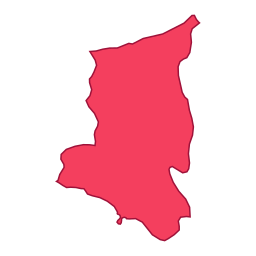 map outline of Sanmatenga (orthographic projection)
{"feature_id": "BFA-2825", "entity_name": "Sanmatenga", "entity_type": "Province", "adm_level": 1, "iso_a3": "BFA", "parent_name": "Burkina Faso", "parent_adm1": "", "projection": "orthographic", "projection_center": [-1.043, 13.248], "detail": "fine", "context": "isolated", "style": "filled", "palette": "rose", "viewbox_px": 256, "rotation_deg": 0, "n_neighbors": 0, "source": "natural_earth", "source_scale": "10m", "svg_char_len": 1507}
<svg xmlns="http://www.w3.org/2000/svg" viewBox="0 0 256 256"><path d="M190.1,216.9L186.4,216.5L180.6,217.2L178.3,221.0L179.2,226.3L179.2,230.0L174.3,234.6L168.3,238.6L164.7,240.6L160.2,239.6L152.4,234.8L142.3,222.1L135.7,218.6L129.2,218.9L126.5,218.7L126.2,218.0L124.8,217.3L123.3,217.5L122.1,218.1L121.6,219.0L121.5,220.8L121.2,222.8L120.3,224.1L118.4,223.8L117.0,222.1L117.9,220.4L119.6,218.8L120.5,217.4L120.0,215.4L118.9,214.5L117.8,214.2L117.3,213.7L117.5,212.1L114.3,206.5L107.3,201.2L99.9,197.6L92.2,195.7L87.5,194.0L85.6,191.0L83.9,188.7L81.2,188.6L76.0,187.5L70.6,187.2L66.6,187.5L63.0,185.5L59.0,182.8L56.5,181.4L58.0,180.4L59.8,174.4L64.1,167.4L63.9,164.4L60.9,159.2L61.2,154.4L66.3,149.4L75.0,146.3L83.4,144.7L89.7,144.8L95.0,145.5L95.5,141.4L94.4,134.7L95.1,130.9L97.6,126.2L98.4,121.9L94.5,113.4L88.9,106.8L86.1,100.6L90.0,95.7L91.7,89.7L89.6,82.7L89.5,79.0L91.7,76.5L94.0,72.0L96.6,65.3L95.2,60.1L89.9,51.5L96.2,51.0L102.8,49.2L109.6,48.1L117.3,48.0L128.8,43.4L132.5,44.0L143.2,38.5L162.7,34.0L184.1,23.1L192.0,15.5L194.4,15.4L195.0,16.7L196.4,19.5L198.4,21.9L199.5,22.9L192.2,28.7L190.6,33.9L191.4,42.3L189.8,52.5L186.8,57.7L183.5,59.0L180.0,61.6L178.1,66.7L178.4,75.5L182.2,92.4L184.7,97.0L187.5,99.5L189.4,110.3L191.8,118.3L193.4,126.9L192.5,135.2L189.4,144.1L188.4,153.7L189.5,163.0L188.7,168.8L186.9,171.8L182.7,172.8L172.3,166.5L169.9,167.4L169.0,169.4L169.8,173.9L173.2,182.3L178.8,191.3L185.7,199.1L189.6,207.2L190.1,216.9Z" fill="#f43f5e" stroke="#9f1239" stroke-width="1.5"/></svg>